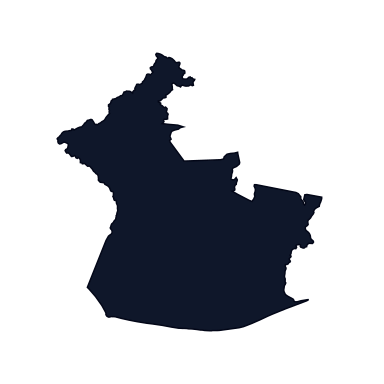 outline of Linhares, Espírito Santo, Brazil, rotated 76°
{"feature_id": "56859067B26973485406883", "entity_name": "Linhares", "entity_type": "district", "adm_level": 2, "iso_a3": "BRA", "parent_name": "Brazil", "parent_adm1": "Espírito Santo", "projection": "albers", "projection_center": [-40.123, -19.341], "detail": "fine", "context": "isolated", "style": "filled", "palette": "ink", "viewbox_px": 384, "rotation_deg": 76, "n_neighbors": 0, "source": "geoboundaries", "source_scale": "gbopen_adm2", "svg_char_len": 5963}
<svg xmlns="http://www.w3.org/2000/svg" viewBox="0 0 384 384"><g transform="rotate(76 192 192)"><path d="M259.2,316.6L261.2,315.4L266.5,312.7L270.1,310.9L275.7,308.7L280.3,306.9L287.5,305.0L288.9,304.8L290.2,305.2L291.8,304.7L293.1,303.4L293.4,302.1L293.3,300.7L294.4,296.8L297.7,290.8L301.1,284.0L304.5,276.7L308.4,267.6L310.5,262.1L314.2,253.1L318.0,244.8L320.8,238.2L322.0,234.3L323.0,230.6L324.0,228.2L324.8,225.3L326.7,220.2L328.0,217.1L328.6,215.0L329.3,213.6L330.5,209.7L331.3,206.9L331.4,205.5L332.4,201.6L332.9,199.1L335.1,179.0L335.1,174.8L334.8,172.1L334.0,165.9L332.5,157.1L330.8,148.6L329.9,143.2L327.9,129.2L325.3,106.9L324.6,104.8L324.4,106.1L323.9,112.3L323.9,114.1L324.0,115.6L323.8,117.5L323.2,119.3L321.6,119.4L320.4,119.8L316.1,124.5L314.0,126.2L311.0,126.8L309.3,126.7L305.2,125.0L304.2,123.9L302.9,123.0L301.7,123.4L298.9,122.6L297.1,122.8L295.9,122.6L293.7,121.6L291.4,120.9L290.3,120.2L289.3,119.4L288.2,119.2L286.5,119.6L285.0,118.9L285.3,117.5L284.9,115.9L283.9,115.2L283.8,114.0L282.9,113.3L281.6,113.8L280.4,113.9L279.7,113.2L279.1,112.0L278.2,111.4L277.0,112.1L275.8,110.9L274.1,110.2L272.7,109.4L271.9,108.1L271.6,106.3L272.1,105.0L271.0,103.9L269.2,104.1L268.5,103.0L268.9,102.0L268.7,100.8L269.6,99.5L270.7,100.1L271.7,99.9L273.3,97.7L273.4,96.3L272.7,95.4L272.8,94.0L271.6,93.6L270.0,91.3L271.1,87.5L270.0,86.2L269.0,86.2L266.7,87.7L265.6,88.1L263.1,87.8L262.0,87.9L260.4,88.3L258.9,89.1L257.1,90.5L256.0,90.9L254.7,90.9L253.2,90.3L252.5,88.3L251.7,87.2L248.8,86.9L247.3,86.0L246.8,84.8L245.8,83.2L244.3,81.8L242.5,79.5L241.2,78.6L240.2,78.8L239.0,77.8L238.1,76.7L237.4,75.0L236.7,72.0L235.6,71.6L234.1,70.7L232.7,69.5L229.9,67.8L228.4,67.4L222.2,81.1L222.0,83.2L226.3,85.4L227.9,85.0L229.2,84.3L230.9,84.7L231.9,85.9L230.6,86.7L229.4,86.5L227.9,86.7L225.2,88.1L222.6,87.6L221.8,88.2L219.4,89.2L217.6,91.3L200.5,127.8L200.0,129.6L201.3,130.3L203.5,129.9L205.0,129.9L206.6,130.5L208.9,131.9L210.1,132.1L211.3,131.9L212.2,132.7L213.4,133.5L215.7,136.1L213.8,138.7L205.4,148.2L200.8,153.0L200.6,150.2L199.6,149.7L197.9,149.7L196.6,149.1L195.8,148.4L195.3,147.2L193.7,146.7L192.5,145.8L191.2,145.1L188.7,145.7L190.2,147.8L190.2,149.3L188.8,151.2L186.2,149.8L184.8,149.4L183.7,148.8L182.3,147.9L181.1,147.5L180.0,147.5L179.0,147.0L178.5,145.8L178.1,143.1L177.7,142.0L176.3,139.3L174.9,138.6L165.8,138.3L164.5,138.1L164.5,141.6L163.9,145.3L163.8,148.9L165.7,152.3L167.6,153.3L167.6,156.6L160.1,192.2L138.2,201.2L136.5,201.2L135.7,199.5L132.6,200.0L128.9,197.7L128.1,196.6L127.7,194.0L127.7,189.8L127.1,188.8L126.8,187.7L126.7,186.5L126.7,184.7L123.7,189.6L120.4,199.2L118.4,204.4L117.0,202.2L115.5,202.3L114.6,201.4L115.2,199.7L115.2,198.0L112.2,197.3L110.9,196.4L109.9,196.5L108.7,197.5L107.3,197.2L106.4,196.5L105.1,196.0L103.2,197.1L103.4,198.4L102.6,199.2L101.4,199.8L99.5,201.6L98.3,200.9L97.4,201.7L96.7,202.8L95.6,202.7L95.7,200.5L93.7,197.1L94.0,195.8L93.9,194.4L92.8,194.1L91.7,194.1L91.5,193.0L91.1,191.8L89.9,189.3L89.1,188.5L88.5,187.5L88.0,186.1L86.9,186.1L85.3,185.7L83.9,185.6L82.8,185.7L82.1,184.8L81.6,183.7L82.7,182.5L85.3,180.7L86.2,178.9L87.3,177.7L86.3,176.7L86.0,175.5L87.4,173.2L87.8,172.2L88.3,169.6L87.9,168.3L87.8,166.9L88.9,166.1L88.8,164.8L86.1,164.6L84.9,163.8L84.4,162.8L83.4,162.1L82.9,163.2L82.1,164.0L81.1,164.4L81.1,165.5L79.9,165.9L79.9,167.3L81.1,169.3L81.0,170.6L80.2,173.2L78.8,173.8L77.2,173.4L76.5,172.3L75.5,172.0L75.2,170.4L73.9,169.9L72.5,169.9L71.9,170.7L71.4,172.0L70.4,172.7L68.5,174.4L66.9,174.3L65.0,172.9L63.9,172.5L62.9,173.1L62.8,175.3L62.5,176.3L61.5,177.0L60.5,177.3L58.8,178.4L57.8,179.1L56.7,180.4L55.9,181.8L56.4,183.1L55.7,184.0L54.7,184.6L54.1,186.0L51.8,187.9L50.6,189.3L49.3,191.5L48.9,192.8L49.7,193.8L51.1,193.8L52.2,193.4L53.1,192.7L54.3,193.0L55.5,194.8L56.3,195.4L57.5,195.7L58.2,197.0L59.2,198.0L60.4,198.6L61.0,199.8L60.8,201.0L61.2,202.3L62.4,202.6L63.8,201.8L65.0,201.6L66.2,200.8L68.4,204.0L67.4,204.9L66.9,206.3L67.1,207.5L69.7,209.2L70.8,210.3L71.6,210.8L72.5,212.0L73.3,213.5L74.6,214.0L74.8,215.4L75.2,216.5L74.3,218.3L74.2,219.6L75.7,220.7L76.9,221.9L78.0,222.5L79.1,222.4L79.5,223.8L80.4,225.1L81.7,225.7L80.1,227.1L79.2,228.0L78.8,229.5L78.2,231.2L78.7,232.4L78.5,233.7L80.7,235.5L81.5,236.4L81.3,237.8L82.1,240.0L82.2,241.7L82.9,243.1L82.9,245.5L82.8,246.7L83.7,247.3L84.0,248.3L86.1,249.5L86.7,250.4L87.2,251.9L88.7,252.3L89.7,251.9L91.7,252.6L93.0,252.4L94.3,253.1L95.9,252.9L96.4,254.0L98.8,257.3L100.6,259.0L101.4,260.2L102.0,262.5L102.8,264.1L103.1,265.9L103.9,267.3L103.3,268.2L103.1,269.5L102.2,270.1L100.2,270.6L97.7,271.5L97.1,272.5L97.3,274.9L97.2,276.2L98.9,278.2L99.3,279.6L100.4,280.6L102.3,283.6L101.9,284.7L102.2,287.2L103.3,291.4L102.1,292.2L101.8,293.3L103.0,293.9L102.8,298.1L102.5,299.6L102.4,300.9L102.5,301.9L103.0,303.2L103.7,304.2L104.8,305.2L105.6,306.6L106.5,307.7L106.9,308.9L107.8,310.0L109.4,309.5L110.9,310.0L112.3,309.8L113.4,308.8L113.4,307.2L112.6,304.4L113.0,303.2L114.6,301.2L115.4,300.6L116.4,300.6L118.9,301.8L119.9,302.6L120.3,304.3L121.2,305.1L122.7,304.7L123.9,304.2L124.2,302.5L125.4,301.6L128.4,300.4L128.6,298.9L128.2,297.2L129.3,296.5L130.7,296.3L131.6,295.2L130.9,294.2L131.9,293.3L133.6,292.5L136.5,293.2L137.1,291.8L138.1,291.6L138.4,289.2L141.7,287.1L142.1,285.1L143.2,284.4L144.2,284.0L145.1,283.4L148.0,282.5L149.4,281.4L150.9,280.7L152.0,279.6L153.4,279.1L156.4,279.5L157.8,280.0L159.1,279.4L160.3,278.7L161.8,275.0L163.4,274.7L165.4,272.5L166.6,271.6L168.0,271.0L171.2,270.6L172.0,269.9L172.4,268.7L173.5,268.4L174.9,268.7L176.4,269.2L177.4,269.9L178.3,269.4L179.7,269.6L181.3,269.3L181.8,267.8L183.2,267.8L184.8,268.0L186.3,267.7L187.4,267.6L190.3,268.4L191.4,268.4L192.4,268.7L194.4,270.0L195.7,270.4L196.6,271.3L197.6,271.5L198.7,272.1L200.0,272.6L201.3,274.6L202.4,275.6L203.0,276.5L203.6,277.7L204.8,278.6L206.0,279.2L207.0,280.0L208.0,279.9L209.3,279.1L210.5,279.0L212.0,279.3L213.2,280.3L214.0,282.4L214.6,283.7L218.2,287.1L259.2,316.6Z" fill="#0f172a" stroke="#020617" stroke-width="1.5"/></g></svg>